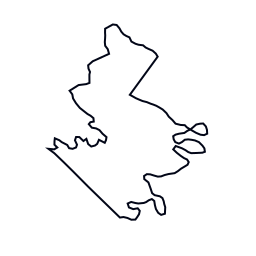 Coronel Barros, Rio Grande do Sul, Brazil (Natural Earth projection), rotated 136°
{"feature_id": "56859067B68301382836853", "entity_name": "Coronel Barros", "entity_type": "district", "adm_level": 2, "iso_a3": "BRA", "parent_name": "Brazil", "parent_adm1": "Rio Grande do Sul", "projection": "natural_earth1", "projection_center": [-54.066, -28.404], "detail": "fine", "context": "isolated", "style": "outline", "palette": "ink", "viewbox_px": 256, "rotation_deg": 136, "n_neighbors": 0, "source": "geoboundaries", "source_scale": "gbopen_adm2", "svg_char_len": 2286}
<svg xmlns="http://www.w3.org/2000/svg" viewBox="0 0 256 256"><g transform="rotate(136 128 128)"><path d="M199.7,168.3L198.5,161.0L198.0,147.8L197.7,135.4L197.4,113.6L197.2,107.3L196.0,69.2L193.1,67.1L190.9,63.7L189.3,59.7L186.3,57.0L183.4,57.5L180.0,58.3L177.1,60.2L176.8,63.5L180.6,66.0L182.5,70.2L180.7,73.9L177.1,72.6L174.8,68.9L173.0,66.5L168.7,63.1L166.4,62.1L163.3,61.6L160.2,60.3L159.8,57.3L162.3,53.7L164.2,50.3L165.2,46.0L164.5,42.5L161.0,40.7L156.2,45.2L154.7,48.2L153.2,50.5L151.9,53.7L152.5,56.7L155.5,61.2L155.9,64.4L154.0,68.3L151.1,74.7L151.8,79.9L149.8,82.3L146.5,81.7L144.2,79.2L142.3,75.7L140.3,72.3L137.8,70.2L134.3,68.7L130.8,66.7L125.8,63.1L122.1,62.3L118.1,61.9L113.4,60.8L110.7,60.2L108.0,61.3L107.4,64.3L108.6,67.4L109.4,71.2L110.1,76.3L110.3,81.2L106.2,81.9L103.3,76.0L102.0,72.0L101.4,68.9L100.0,66.0L96.8,63.1L91.7,58.6L89.2,57.5L87.2,60.3L86.7,63.5L86.8,68.6L88.5,72.6L90.5,75.4L92.6,78.0L95.3,80.1L98.9,80.4L102.2,81.4L103.8,85.0L103.0,88.1L101.2,90.7L98.4,90.2L95.2,88.4L90.9,85.3L87.1,84.7L84.2,83.6L85.2,87.5L85.2,90.6L88.0,93.6L90.8,98.1L90.5,102.8L90.8,107.8L90.0,112.0L90.2,117.2L91.2,121.0L92.2,124.3L93.5,127.2L94.8,129.7L96.5,133.6L98.8,137.3L100.4,141.0L101.6,143.9L102.6,147.3L103.6,150.6L57.1,158.7L56.3,162.2L56.6,166.5L58.4,170.9L59.4,173.7L59.7,177.0L62.6,180.6L64.1,183.4L65.5,187.8L64.0,192.2L65.3,195.4L66.1,198.5L65.9,202.0L64.9,205.6L64.6,210.0L67.0,213.0L75.5,215.3L78.3,212.5L80.0,210.5L82.1,208.5L85.0,205.9L87.3,203.0L87.8,198.8L90.1,194.5L107.0,200.5L113.1,200.8L115.2,198.1L116.4,194.7L118.6,193.3L121.1,190.7L124.4,187.2L127.6,188.6L133.7,193.2L144.1,195.4L144.7,190.9L147.0,187.4L148.2,182.0L148.7,175.9L148.0,170.6L147.4,166.2L146.4,162.8L146.0,159.1L148.2,156.4L151.0,158.3L153.5,158.0L153.8,153.4L151.2,149.8L150.0,146.3L150.3,141.5L149.8,136.4L152.2,134.6L155.0,133.5L157.1,139.7L161.2,138.0L163.9,138.3L167.3,140.2L167.8,144.1L165.5,149.1L169.1,149.6L169.3,155.3L171.6,157.6L174.7,156.0L176.3,151.4L178.9,150.1L182.3,151.5L184.4,154.4L183.5,158.0L185.5,163.9L185.9,166.9L187.8,171.4L190.0,169.6L192.5,167.1L192.4,163.1L195.9,163.9L199.7,168.3ZM70.8,79.0L73.1,81.0L76.5,83.1L80.5,83.3L84.2,83.6L82.4,77.3L80.5,72.8L78.2,70.0L75.0,68.9L72.5,71.8L70.9,75.0L70.8,79.0Z" fill="none" stroke="#020617" stroke-width="2"/></g></svg>